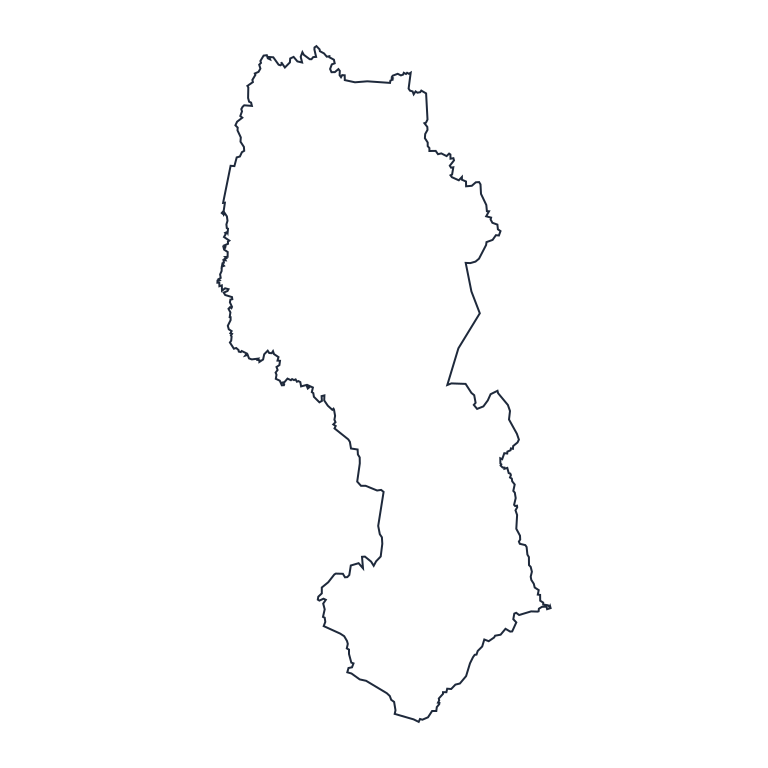 outline of Nzema East, Western, Ghana
{"feature_id": "2480657B37092877755739", "entity_name": "Nzema East", "entity_type": "district", "adm_level": 2, "iso_a3": "GHA", "parent_name": "Ghana", "parent_adm1": "Western", "projection": "natural_earth1", "projection_center": [-2.226, 5.086], "detail": "fine", "context": "isolated", "style": "outline", "palette": "slate", "viewbox_px": 768, "rotation_deg": 0, "n_neighbors": 0, "source": "geoboundaries", "source_scale": "gbopen_adm2", "svg_char_len": 6043}
<svg xmlns="http://www.w3.org/2000/svg" viewBox="0 0 768 768"><path d="M263.6,55.6L260.4,61.0L261.0,62.9L259.2,64.7L260.4,68.6L258.5,71.9L254.8,73.5L255.4,74.9L252.4,79.9L252.9,82.1L247.4,85.9L248.3,87.4L248.1,98.0L249.1,101.7L251.1,102.6L251.9,105.9L244.2,105.3L242.6,106.8L241.3,109.1L242.0,111.4L240.3,116.0L242.3,117.7L237.1,121.7L235.4,125.3L237.7,127.6L237.5,130.4L240.8,137.4L240.5,141.7L243.9,146.9L244.2,150.8L241.9,152.2L239.9,156.5L236.7,157.4L234.4,166.1L230.6,165.8L223.1,202.9L224.9,202.7L223.7,210.8L221.8,213.0L223.4,214.3L224.0,213.6L224.0,214.5L225.0,213.5L226.9,216.4L227.5,220.8L226.4,224.4L226.8,228.1L228.0,228.7L227.6,232.8L227.2,232.0L225.2,232.9L225.9,233.7L224.0,237.0L229.3,240.6L227.9,241.6L228.0,243.8L224.3,245.4L225.5,246.3L225.2,247.7L223.5,247.2L224.1,249.6L227.7,252.0L227.6,256.8L225.2,257.0L226.3,258.2L224.7,258.9L225.5,260.3L223.5,260.1L223.9,262.7L222.5,263.2L222.0,265.9L223.1,264.8L224.0,265.8L221.8,266.7L221.6,271.1L220.1,274.4L220.7,277.9L218.5,279.2L219.6,280.2L217.5,280.7L217.4,282.7L219.3,282.6L219.4,286.2L221.8,285.4L222.0,290.7L225.1,288.3L228.5,289.2L227.5,291.0L223.7,292.6L225.2,295.0L232.0,297.1L232.3,299.2L230.4,299.6L229.9,302.3L232.0,306.9L231.4,308.2L230.0,307.2L228.5,308.8L230.4,312.4L229.7,317.1L230.6,317.2L230.6,320.1L227.8,325.8L228.8,329.3L231.6,331.1L230.4,333.3L232.0,333.9L230.9,335.5L231.6,336.5L231.2,340.7L229.9,342.5L233.9,348.7L236.2,348.0L238.5,350.0L238.8,351.6L240.8,352.1L241.7,351.0L246.8,353.5L245.3,355.6L247.7,354.9L249.0,358.4L251.8,359.4L258.3,358.6L257.5,359.9L259.4,360.2L259.4,361.9L263.1,359.5L264.2,354.3L267.7,350.7L269.2,353.0L271.7,353.2L273.0,351.2L274.0,354.1L278.5,357.1L277.5,360.6L280.0,360.8L279.4,365.1L276.5,367.0L277.6,370.0L275.6,372.6L276.5,374.8L275.8,378.8L279.8,380.7L281.8,385.3L283.9,385.2L284.2,384.2L282.6,382.5L284.5,382.1L287.5,378.6L290.9,380.2L292.1,379.1L294.0,380.1L295.6,379.4L296.9,381.7L298.4,381.1L300.3,382.1L301.1,386.4L306.4,385.0L307.8,388.5L309.3,387.3L308.7,385.6L312.9,387.5L311.8,392.1L313.3,393.1L313.9,396.8L319.4,402.3L321.9,400.9L321.6,396.1L324.4,395.4L324.2,400.4L327.8,405.7L332.3,409.8L333.5,408.7L334.0,409.6L335.1,415.9L334.4,419.7L335.5,422.2L333.3,424.4L335.7,426.0L334.5,428.4L348.3,439.4L349.9,441.9L351.0,448.5L357.6,449.5L357.9,454.5L359.7,457.4L359.8,463.4L357.2,481.6L361.0,485.8L365.6,485.8L377.1,490.5L381.1,489.9L383.6,491.9L378.2,525.9L379.8,534.2L381.9,537.3L382.3,543.8L380.7,556.5L376.1,561.3L373.7,565.8L371.1,561.6L364.9,556.6L362.0,556.8L363.0,568.3L358.6,563.2L350.8,565.5L349.3,575.0L347.3,577.1L345.0,577.3L342.9,573.8L335.8,573.6L334.3,574.5L328.2,582.3L321.8,587.5L321.8,593.4L318.3,596.7L317.8,599.6L319.4,600.6L323.5,598.7L325.8,599.8L323.2,603.6L324.7,609.3L323.0,616.9L324.7,617.7L325.3,621.9L323.7,626.1L340.2,633.6L344.2,636.2L347.0,641.0L347.8,643.9L346.8,648.4L349.0,649.6L349.0,654.0L351.3,662.6L353.5,663.4L352.0,667.3L348.5,668.0L347.3,672.3L351.5,673.5L359.7,679.4L366.1,680.8L386.8,693.2L389.8,696.0L391.2,699.8L394.1,701.9L395.5,710.3L394.7,713.9L413.7,719.4L418.7,721.9L420.0,719.0L422.4,719.7L428.0,717.3L432.1,711.0L436.3,711.0L436.8,707.1L439.2,704.2L439.4,702.9L438.0,702.7L439.2,700.4L438.8,698.5L443.0,693.9L443.0,692.2L446.4,692.2L447.2,688.7L451.2,689.0L455.4,684.6L459.9,683.5L466.1,676.1L470.0,663.3L473.0,657.2L474.7,654.8L476.5,654.6L477.7,651.0L482.2,646.5L484.3,639.5L488.7,641.2L494.1,637.5L495.1,635.7L500.6,634.7L505.5,628.8L510.2,631.6L512.2,631.4L516.3,622.4L513.3,619.2L514.3,613.6L516.2,612.8L519.1,615.0L531.1,611.4L537.6,611.6L538.6,611.3L538.9,608.7L542.0,606.8L546.5,606.7L547.1,609.2L550.6,608.1L550.0,605.9L549.5,606.9L548.0,605.3L543.2,604.5L543.2,602.6L540.2,600.7L540.1,594.9L537.8,594.6L538.7,590.1L534.7,587.5L533.8,583.8L531.3,579.9L530.7,576.7L531.9,571.7L530.7,566.9L529.0,565.1L528.9,557.1L527.4,554.6L526.6,547.0L525.3,545.1L519.8,543.8L518.9,541.6L520.2,539.5L520.0,535.7L516.3,528.8L517.1,515.0L515.5,510.3L517.2,507.3L517.0,505.7L515.1,506.0L514.1,504.8L515.7,498.1L514.8,492.6L513.3,490.9L514.7,484.5L512.2,481.3L511.8,478.6L510.0,477.5L510.9,475.1L510.3,473.6L508.7,473.1L507.3,467.9L504.4,468.8L504.4,467.6L502.6,467.5L500.6,465.5L501.3,464.3L500.4,463.5L500.3,458.3L502.2,459.2L504.3,453.2L507.2,453.5L507.4,451.6L510.5,450.3L510.9,448.4L512.9,448.8L513.2,446.0L517.5,442.5L518.9,439.6L516.9,433.8L509.0,419.5L510.0,411.0L507.9,405.0L498.1,393.2L497.5,390.8L490.6,394.2L487.8,400.4L483.4,406.4L477.1,408.9L473.8,404.9L475.6,402.8L474.2,395.2L471.4,392.9L465.6,383.9L451.4,383.4L447.3,385.0L458.4,348.3L479.8,313.3L471.4,291.4L465.7,262.9L470.3,263.1L475.5,261.6L479.0,258.7L486.1,245.0L486.5,242.1L492.6,239.9L495.9,235.2L498.9,235.5L500.5,231.1L497.9,229.3L497.4,224.6L492.4,222.8L490.6,219.5L491.1,217.6L486.2,216.3L489.0,211.3L486.9,211.2L486.3,205.0L481.0,193.9L480.5,184.4L479.1,182.1L475.8,182.3L471.8,185.8L466.1,186.3L466.0,181.5L461.9,179.7L461.9,177.0L458.8,180.3L451.9,177.2L450.5,175.3L452.1,174.5L453.3,167.3L451.1,167.7L449.8,165.7L454.0,160.4L453.4,158.2L450.5,158.7L450.4,154.5L449.1,153.6L446.6,156.1L441.3,153.4L438.0,154.2L435.7,150.9L429.4,151.0L429.4,148.1L427.7,146.1L427.7,142.5L424.9,138.2L425.2,134.0L427.5,129.9L427.3,126.9L424.4,123.2L426.0,122.6L427.5,119.5L426.1,93.4L421.3,90.6L420.2,92.2L417.4,92.7L415.6,91.4L413.7,94.3L412.6,91.4L410.0,90.7L408.6,88.6L410.7,72.7L408.9,73.8L407.1,72.8L406.0,74.0L403.8,72.8L403.1,74.6L400.9,75.4L397.7,73.8L392.7,75.7L391.8,77.1L392.8,78.0L391.8,78.8L392.5,79.7L390.4,80.6L390.0,82.9L367.3,81.3L355.0,82.3L344.8,80.1L344.7,75.3L342.2,75.1L341.0,77.2L339.6,75.2L339.8,70.9L338.4,69.1L334.9,72.1L331.5,72.2L330.1,69.0L331.8,64.4L334.7,63.3L333.9,59.7L329.4,57.3L329.4,56.2L326.8,56.7L324.0,53.4L319.9,51.2L319.6,49.4L316.4,46.1L314.5,47.5L314.4,49.5L316.1,56.9L313.2,57.1L311.5,59.2L309.7,59.2L303.8,54.8L302.4,52.2L300.7,56.8L302.1,62.5L297.4,61.4L293.6,56.9L290.2,58.5L289.9,62.4L284.9,67.5L281.2,62.2L281.9,64.3L280.4,65.3L278.6,64.7L273.3,57.3L269.3,57.0L270.1,59.4L267.8,58.3L266.8,55.2L263.6,55.6Z" fill="none" stroke="#1e293b" stroke-width="2"/></svg>